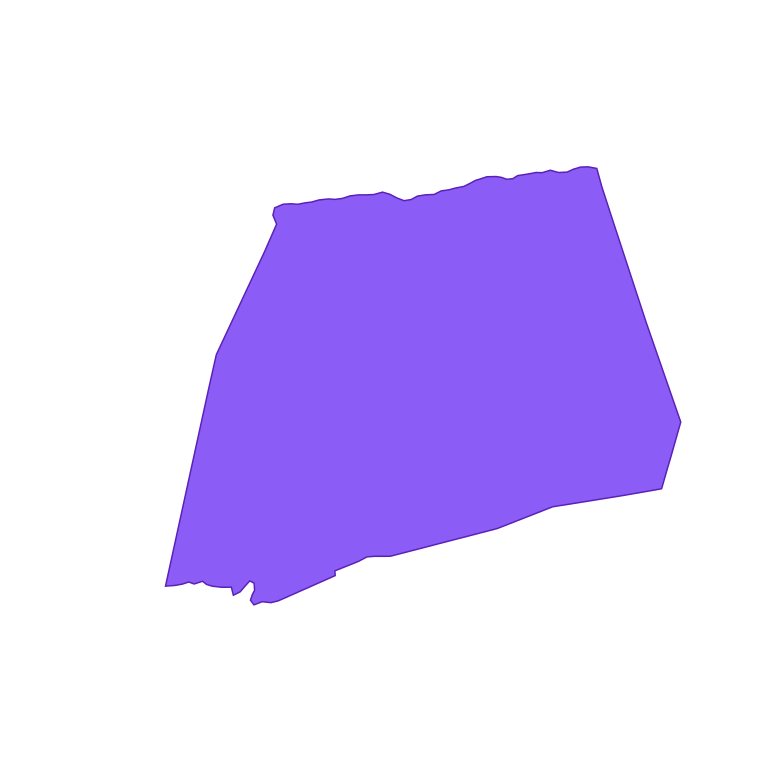 the district of Cafarnaum, Bahia, Brazil, rotated 247°
{"feature_id": "56859067B91218172071178", "entity_name": "Cafarnaum", "entity_type": "district", "adm_level": 2, "iso_a3": "BRA", "parent_name": "Brazil", "parent_adm1": "Bahia", "projection": "robinson", "projection_center": [-41.478, -11.714], "detail": "fine", "context": "isolated", "style": "filled", "palette": "violet", "viewbox_px": 768, "rotation_deg": 247, "n_neighbors": 0, "source": "geoboundaries", "source_scale": "gbopen_adm2", "svg_char_len": 1299}
<svg xmlns="http://www.w3.org/2000/svg" viewBox="0 0 768 768"><g transform="rotate(247 384 384)"><path d="M225.7,201.9L226.7,264.2L231.2,265.8L230.7,291.2L231.5,300.8L229.1,307.9L223.0,322.4L215.5,372.7L213.7,384.8L206.7,431.8L205.1,491.2L187.8,561.1L179.1,598.6L195.9,612.2L204.1,619.0L209.7,623.5L233.0,642.3L287.9,646.0L338.2,649.4L448.8,658.8L480.5,661.6L499.3,664.1L504.2,656.7L506.9,649.6L507.7,642.2L507.5,635.3L510.5,627.3L515.8,620.6L516.7,612.2L519.3,606.6L520.4,601.4L521.9,595.1L523.6,588.5L522.7,582.7L524.5,577.0L528.4,572.7L531.2,568.2L534.6,559.6L535.1,553.1L535.7,547.7L535.1,541.7L534.7,534.6L536.5,526.1L537.4,519.6L539.4,512.1L538.9,504.2L541.9,496.2L543.9,488.2L543.2,481.1L544.9,474.1L550.2,468.6L556.4,463.5L561.2,457.6L562.4,448.6L565.1,441.4L568.1,434.3L570.4,426.3L571.1,418.2L573.1,411.0L576.0,405.3L578.8,396.2L579.8,388.4L581.6,382.1L583.1,374.9L586.3,368.7L588.9,361.4L588.9,352.2L582.8,347.7L573.1,347.6L552.7,326.0L476.5,241.1L446.4,219.5L283.3,103.9L280.3,112.7L278.6,120.1L278.0,126.9L274.1,131.1L273.3,139.9L268.9,142.3L264.9,147.0L260.4,155.0L256.6,164.1L248.4,162.8L248.9,170.4L252.5,177.7L255.2,183.5L251.4,186.6L244.7,184.3L241.5,180.4L237.2,176.6L231.5,178.0L231.2,186.8L226.9,194.5L225.7,201.9Z" fill="#8b5cf6" stroke="#5b21b6" stroke-width="1.5"/></g></svg>